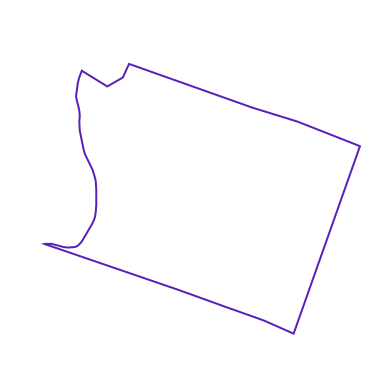 the district of Union, Illinois, United States of America, rotated 19°
{"feature_id": "52423323B99483960242542", "entity_name": "Union", "entity_type": "district", "adm_level": 2, "iso_a3": "USA", "parent_name": "United States of America", "parent_adm1": "Illinois", "projection": "natural_earth1", "projection_center": [-89.408, 37.465], "detail": "fine", "context": "isolated", "style": "outline", "palette": "violet", "viewbox_px": 384, "rotation_deg": 19, "n_neighbors": 0, "source": "geoboundaries", "source_scale": "gbopen_adm2", "svg_char_len": 650}
<svg xmlns="http://www.w3.org/2000/svg" viewBox="0 0 384 384"><g transform="rotate(19 192 192)"><path d="M268.7,91.1L221.4,92.6L90.8,91.4L89.3,106.3L77.5,119.8L48.3,113.2L48.2,116.6L48.1,120.7L48.5,125.9L51.0,138.2L51.3,139.5L53.8,143.8L56.7,147.9L59.4,152.7L61.0,156.3L62.6,162.3L65.9,170.5L75.8,187.3L78.4,191.0L90.6,203.2L95.0,209.2L97.3,212.8L100.6,220.6L105.6,235.0L107.6,242.7L108.3,246.5L108.5,249.8L107.9,255.1L104.2,273.3L103.3,276.4L101.4,280.1L99.5,282.0L92.6,285.0L88.3,285.9L76.4,286.7L70.6,288.6L69.6,289.2L212.0,289.0L259.6,289.7L301.5,290.1L334.2,292.9L335.9,94.0L268.7,91.1Z" fill="none" stroke="#5b21b6" stroke-width="2"/></g></svg>